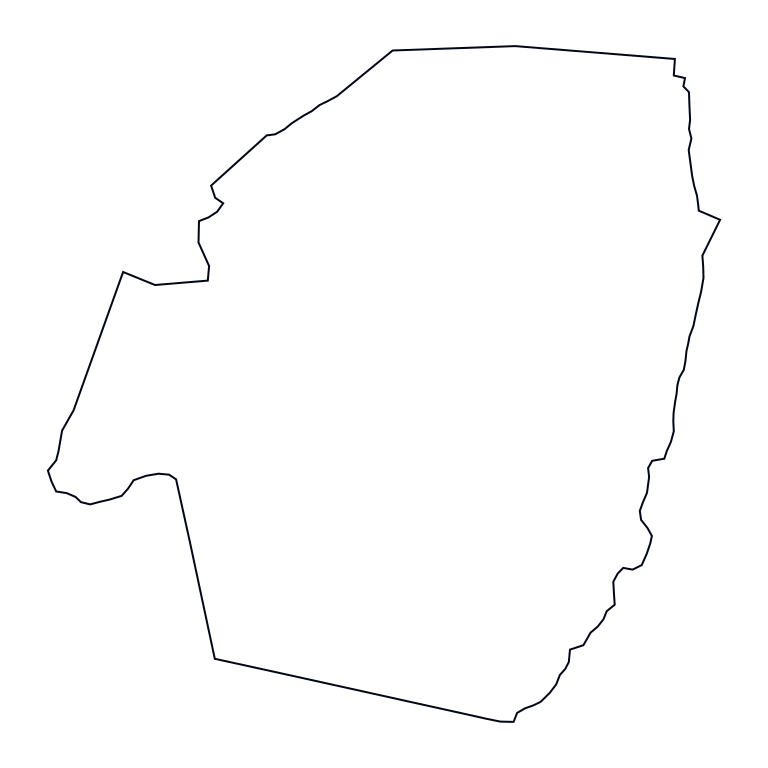 Forquilha, Ceará, Brazil
{"feature_id": "56859067B46311901336077", "entity_name": "Forquilha", "entity_type": "district", "adm_level": 2, "iso_a3": "BRA", "parent_name": "Brazil", "parent_adm1": "Ceará", "projection": "orthographic", "projection_center": [-40.207, -3.827], "detail": "fine", "context": "isolated", "style": "outline", "palette": "ink", "viewbox_px": 768, "rotation_deg": 0, "n_neighbors": 0, "source": "geoboundaries", "source_scale": "gbopen_adm2", "svg_char_len": 1582}
<svg xmlns="http://www.w3.org/2000/svg" viewBox="0 0 768 768"><path d="M513.6,721.9L517.1,712.9L525.3,708.2L533.3,705.4L540.7,701.8L549.8,692.8L556.2,684.4L559.8,675.1L565.2,669.0L568.8,662.1L570.0,649.6L583.4,645.2L590.6,632.6L597.8,626.5L603.5,619.2L606.7,611.2L614.7,604.7L614.0,594.2L613.3,581.7L617.7,573.6L623.2,567.9L632.6,569.6L641.7,565.1L646.7,553.9L650.3,543.3L651.9,535.9L647.4,527.9L641.1,519.9L639.8,510.9L643.0,502.1L647.0,492.8L649.1,477.0L648.1,468.0L652.2,460.8L664.3,458.7L666.8,451.0L670.9,441.9L673.8,431.3L673.3,421.3L673.6,412.8L675.2,401.4L676.6,393.7L677.4,385.2L679.4,377.5L683.8,369.8L685.4,361.4L686.5,350.9L688.2,343.6L689.5,336.4L693.4,326.1L695.9,314.0L698.3,303.1L701.1,291.8L703.5,277.8L703.2,266.8L702.4,255.6L720.1,219.8L698.8,210.7L698.0,203.3L697.0,195.7L694.2,186.0L692.2,176.3L688.7,150.0L691.4,138.5L689.0,128.9L690.1,120.0L689.4,104.7L689.0,92.2L683.4,86.4L685.0,78.1L673.8,75.5L674.9,59.0L515.2,46.1L392.6,50.5L336.8,96.2L327.7,101.1L319.5,105.1L311.8,111.1L303.5,115.7L291.7,123.3L284.5,129.2L275.2,134.3L266.7,135.4L211.1,185.6L215.2,197.8L223.2,203.3L217.1,211.8L208.3,217.5L199.0,221.1L198.5,242.5L209.1,266.0L207.8,280.6L155.0,285.0L123.1,272.0L73.6,410.3L62.1,430.6L60.7,438.6L58.5,451.2L56.2,460.3L47.9,470.6L51.5,481.5L56.2,491.5L66.7,493.1L75.5,496.9L80.9,502.1L90.1,504.4L99.9,501.8L109.5,499.6L121.6,495.9L128.0,488.7L133.7,480.2L146.1,475.8L158.6,473.7L169.2,474.7L176.1,479.4L189.8,541.6L214.8,658.8L282.8,673.7L415.3,703.0L443.9,709.3L486.6,718.8L500.3,721.6L513.6,721.9Z" fill="none" stroke="#020617" stroke-width="2"/></svg>